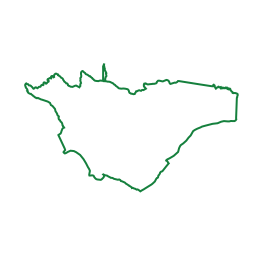 the district of Basoko, Orientale, Democratic Republic of the Congo, rotated 6°
{"feature_id": "63176286B83726148102259", "entity_name": "Basoko", "entity_type": "district", "adm_level": 2, "iso_a3": "COD", "parent_name": "Democratic Republic of the Congo", "parent_adm1": "Orientale", "projection": "orthographic", "projection_center": [23.828, 1.677], "detail": "fine", "context": "isolated", "style": "outline", "palette": "green", "viewbox_px": 256, "rotation_deg": 6, "n_neighbors": 0, "source": "geoboundaries", "source_scale": "gbopen_adm2", "svg_char_len": 5530}
<svg xmlns="http://www.w3.org/2000/svg" viewBox="0 0 256 256"><g transform="rotate(6 128 128)"><path d="M97.7,66.3L96.8,69.4L97.2,72.7L98.3,83.7L95.5,83.7L94.6,84.0L93.6,84.5L92.5,84.5L91.5,84.5L90.2,84.4L89.0,83.7L88.5,83.1L87.7,82.8L87.2,82.0L86.7,81.9L85.9,81.2L85.4,81.1L85.1,80.6L84.8,80.4L84.1,80.5L83.7,80.2L82.0,79.2L80.9,79.0L80.4,78.8L79.9,78.3L79.7,77.9L78.3,77.1L77.2,76.2L76.8,76.1L76.3,76.4L75.8,77.0L75.5,78.0L75.6,79.2L76.1,81.1L76.0,82.4L75.5,83.0L75.4,83.6L75.7,84.9L75.6,85.9L76.6,88.2L76.2,88.8L76.0,90.1L76.2,91.2L75.7,91.8L75.4,92.6L71.9,91.2L70.6,91.7L68.6,92.9L66.6,92.9L65.2,92.3L64.7,92.3L63.8,91.7L63.7,91.0L63.4,90.6L62.9,90.1L61.9,90.1L61.2,89.3L59.8,88.5L59.6,88.3L59.2,87.5L58.5,86.9L58.1,86.0L57.6,85.5L57.0,85.2L56.3,85.0L55.1,83.8L54.2,83.5L53.6,82.9L52.9,82.8L52.8,82.1L52.2,82.0L51.2,81.5L50.4,81.5L50.0,81.7L49.7,82.2L49.2,82.6L48.9,84.0L49.2,85.0L48.7,85.4L48.4,85.2L47.3,84.2L46.7,84.3L46.2,84.8L46.1,85.2L46.5,86.4L46.4,86.7L45.0,86.5L44.5,86.8L43.8,87.5L43.3,87.6L43.0,88.0L42.9,88.4L42.9,88.6L44.0,89.2L44.0,89.4L44.2,89.7L44.2,90.1L44.1,90.3L43.3,90.7L43.0,91.1L42.5,92.0L42.1,92.4L41.6,92.4L41.1,91.8L40.5,91.4L39.8,91.4L39.6,91.6L39.2,92.3L39.4,93.1L39.4,93.9L39.0,94.3L38.1,94.1L37.8,94.2L37.3,94.6L36.6,96.1L36.2,96.2L35.4,96.3L35.0,96.5L34.3,97.4L33.7,97.9L32.2,97.2L31.6,97.3L30.6,98.4L30.1,98.8L29.7,98.7L28.4,97.3L27.6,96.8L27.0,96.2L26.3,95.9L25.2,96.0L24.9,95.9L24.3,95.1L24.0,94.9L23.0,94.9L22.3,94.3L21.7,94.6L21.2,96.0L21.3,96.4L21.6,97.2L21.9,97.5L22.1,98.4L23.3,99.6L23.8,100.2L24.4,101.8L24.0,101.9L24.9,103.2L25.6,103.7L27.2,104.3L27.9,104.2L28.4,104.7L29.7,105.4L30.6,106.2L31.4,106.5L32.2,107.2L32.9,107.3L33.7,107.9L34.2,107.7L35.4,107.8L35.5,107.6L38.6,108.7L39.5,108.8L45.4,110.1L47.8,111.2L48.9,113.2L50.6,114.0L53.4,116.7L54.2,119.0L55.1,120.0L56.1,121.4L56.2,122.0L56.8,122.9L57.9,123.6L58.1,124.1L57.8,125.1L58.4,126.7L59.7,127.5L60.1,128.5L61.4,129.4L61.9,130.1L62.4,131.3L62.6,132.2L63.0,132.5L63.1,133.0L63.6,133.3L64.4,134.3L63.5,134.8L62.9,135.5L62.2,137.9L62.0,139.2L61.6,140.5L60.6,141.3L59.5,142.3L67.1,154.9L67.8,156.4L66.4,158.7L67.1,159.5L67.9,159.9L69.2,159.2L70.6,158.1L73.2,156.6L76.6,156.6L79.0,157.5L83.2,159.8L87.0,163.6L90.0,167.6L92.4,171.3L93.4,172.5L94.4,174.2L94.6,174.7L94.3,178.3L94.4,178.9L94.6,179.3L96.2,179.1L97.3,178.8L98.6,179.0L99.1,179.5L99.6,180.4L101.1,181.8L101.9,182.2L102.9,182.4L106.4,182.4L107.5,181.5L107.7,181.1L108.5,180.2L109.0,179.4L109.2,178.4L109.0,177.3L108.2,176.8L108.3,176.7L109.5,177.2L110.8,177.5L112.0,177.5L113.8,178.4L114.9,178.7L115.9,179.3L117.9,179.3L119.3,180.0L123.1,180.5L123.6,180.5L124.2,180.2L124.6,180.1L125.8,180.6L126.5,181.5L127.5,181.6L130.3,182.5L131.0,182.9L131.8,183.6L132.6,183.9L134.5,184.9L134.9,185.0L135.0,185.2L135.5,185.6L136.2,185.7L138.0,186.8L138.2,187.3L138.9,187.0L140.6,187.6L141.2,187.6L143.1,188.4L143.7,188.1L144.3,188.2L145.7,188.9L146.9,189.7L148.4,188.5L150.0,187.4L151.5,186.2L157.3,181.7L158.3,180.7L160.3,178.4L161.4,175.6L161.8,175.0L161.9,174.8L162.6,174.5L162.9,174.1L163.1,173.6L163.1,172.5L163.3,171.9L163.8,171.4L164.5,169.9L164.6,169.0L165.3,168.1L166.7,167.4L170.0,162.2L172.2,158.9L171.4,158.2L171.2,157.7L170.5,156.9L169.4,156.4L169.6,155.8L170.4,155.1L172.5,153.8L176.4,150.9L180.3,146.6L180.5,145.5L180.9,142.8L181.7,140.5L182.4,139.4L184.5,137.6L187.3,134.5L189.2,131.3L191.1,128.9L193.1,124.3L194.6,123.0L196.9,121.5L198.0,120.9L200.1,119.8L201.4,118.9L204.7,117.6L211.7,115.0L216.6,113.9L220.0,112.0L222.7,111.1L226.7,111.0L228.2,110.8L229.5,110.3L233.2,110.0L234.2,109.2L234.8,108.1L234.5,107.1L233.1,86.7L233.4,85.9L233.3,85.3L233.7,83.8L233.5,82.9L233.1,82.5L232.3,82.4L231.8,82.1L230.5,82.0L229.3,82.3L228.6,82.3L228.4,82.2L228.4,81.6L228.2,81.4L227.6,81.0L227.2,80.9L226.3,79.8L226.0,79.7L225.6,78.5L225.2,78.2L224.7,78.2L224.5,78.4L224.4,78.9L224.2,79.0L223.7,78.3L223.3,78.7L223.1,78.8L222.9,78.6L222.6,77.9L222.4,77.7L222.2,78.0L222.2,78.4L221.7,78.2L221.4,77.6L221.2,77.5L220.9,78.0L220.7,78.2L220.1,78.1L219.6,78.4L219.3,78.0L219.0,77.9L218.3,78.2L218.0,78.6L217.7,78.5L217.2,77.9L216.9,78.0L216.8,78.7L216.7,78.9L216.4,79.0L216.1,79.0L215.9,78.7L216.1,78.2L215.9,77.6L215.2,77.9L214.5,77.9L213.8,77.4L213.5,77.5L213.2,78.1L212.6,78.2L212.1,78.8L211.8,78.8L211.5,79.5L211.3,79.7L210.9,79.3L210.5,78.5L209.8,77.8L209.7,77.5L209.8,77.0L209.6,76.6L209.0,76.3L208.7,76.0L208.4,76.2L208.3,76.6L208.5,77.4L208.3,77.6L206.8,77.7L194.3,77.1L173.6,76.0L172.8,76.1L172.6,76.5L172.1,77.1L170.8,78.0L169.6,78.0L165.7,79.7L165.0,79.4L164.6,78.8L164.2,77.9L163.3,76.7L161.8,76.2L161.0,76.2L160.5,76.6L159.6,77.0L157.8,78.0L157.0,78.0L154.6,77.7L153.7,77.7L152.9,77.9L151.9,79.2L151.8,80.0L151.2,80.7L149.2,81.4L148.2,81.4L147.4,81.7L144.3,82.3L143.3,82.6L142.5,82.5L140.9,81.8L140.1,82.0L139.5,82.2L139.4,82.5L140.0,82.6L139.9,82.9L139.4,83.4L139.3,84.4L139.6,85.2L140.3,85.6L141.7,87.0L139.4,88.7L138.5,88.6L137.9,88.8L137.2,89.6L136.4,89.6L135.4,89.3L134.4,89.6L133.4,90.4L132.5,90.5L132.2,90.7L131.9,91.9L131.2,92.8L131.1,93.5L129.8,93.8L128.4,93.5L127.5,93.6L127.0,93.2L126.1,93.0L125.8,92.8L125.2,91.8L125.0,91.0L124.3,90.0L123.8,89.6L123.0,89.4L121.1,89.2L119.3,89.2L117.2,89.6L115.0,89.5L114.4,89.3L113.5,88.5L111.4,87.3L110.6,86.5L109.7,86.2L108.5,85.2L107.5,84.8L107.0,84.7L105.6,84.1L104.2,83.9L103.2,84.0L102.4,84.0L101.7,83.8L99.6,83.9L100.3,82.3L100.2,81.4L100.5,79.5L101.0,78.9L101.1,78.5L100.4,76.2L100.4,75.9L100.7,75.7L100.6,75.4L98.8,72.6L98.7,71.3L98.5,71.1L97.5,67.9L97.7,66.3Z" fill="none" stroke="#15803d" stroke-width="2"/></g></svg>